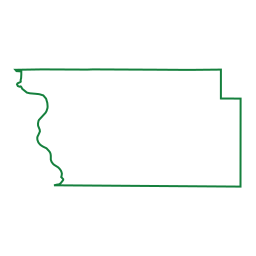 the district of Woodbury, Iowa, United States of America
{"feature_id": "52423323B54538757084750", "entity_name": "Woodbury", "entity_type": "district", "adm_level": 2, "iso_a3": "USA", "parent_name": "United States of America", "parent_adm1": "Iowa", "projection": "robinson", "projection_center": [-96.343, 42.387], "detail": "fine", "context": "isolated", "style": "outline", "palette": "green", "viewbox_px": 256, "rotation_deg": 0, "n_neighbors": 0, "source": "geoboundaries", "source_scale": "gbopen_adm2", "svg_char_len": 971}
<svg xmlns="http://www.w3.org/2000/svg" viewBox="0 0 256 256"><path d="M188.8,69.9L156.7,69.7L92.7,69.4L87.4,69.6L41.9,69.4L15.4,69.8L16.5,71.1L21.3,71.4L21.3,74.6L21.1,78.2L20.6,80.2L20.8,81.3L20.5,82.0L17.6,83.3L17.0,84.3L17.8,86.0L19.5,86.7L20.7,86.4L21.2,86.9L22.3,88.9L26.9,92.6L29.9,93.3L35.7,93.8L38.6,94.1L39.7,94.3L43.3,95.4L46.0,98.6L46.2,99.1L47.3,102.9L47.6,106.3L47.5,108.0L46.5,111.1L45.6,112.7L39.0,119.9L38.5,120.9L38.0,123.5L38.1,125.7L39.7,129.7L39.9,131.5L38.4,134.9L37.6,136.4L37.3,137.4L37.3,138.7L37.4,139.8L38.4,142.5L40.0,144.5L41.4,145.6L43.2,146.7L46.5,148.3L48.9,150.9L49.9,152.2L50.4,153.4L50.6,154.2L50.8,155.8L50.8,159.7L51.5,161.7L52.9,163.7L54.1,164.8L58.1,167.3L59.6,168.8L60.9,170.6L61.5,172.1L61.9,173.7L61.5,176.4L61.2,177.0L63.2,179.2L63.2,179.9L62.9,180.4L60.7,183.2L59.5,184.1L58.8,184.4L57.1,184.6L54.0,185.3L82.6,185.5L240.5,186.6L240.6,98.6L220.9,98.5L220.9,69.6L188.8,69.9Z" fill="none" stroke="#15803d" stroke-width="2"/></svg>